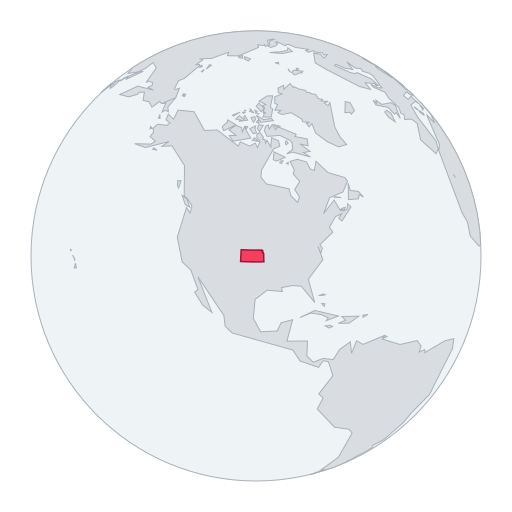 globe centered on Kansas
{"feature_id": "USA-3530", "entity_name": "Kansas", "entity_type": "State", "adm_level": 1, "iso_a3": "USA", "parent_name": "United States of America", "parent_adm1": "", "projection": "orthographic", "projection_center": [-97.125, 38.5], "detail": "fine", "context": "on_globe", "style": "filled", "palette": "rose", "viewbox_px": 512, "rotation_deg": 0, "n_neighbors": 0, "source": "natural_earth", "source_scale": "10m", "svg_char_len": 11096}
<svg xmlns="http://www.w3.org/2000/svg" viewBox="0 0 512 512"><circle cx="256" cy="256" r="225" fill="#eef3f6" stroke="#a8b0b8"/><path d="M310.0,474.7L310.6,474.6L316.1,473.0L312.6,473.8L324.8,469.2L319.6,471.0L327.7,465.0L338.4,457.2L352.1,433.2L349.1,429.3L334.5,427.2L317.3,409.0L323.1,397.9L318.8,393.9L332.9,375.7L328.4,361.7L323.2,360.7L318.5,367.4L300.1,361.0L292.7,350.0L232.2,333.0L225.2,326.3L223.9,315.5L197.9,276.7L211.9,312.5L202.8,305.2L194.6,292.1L198.0,289.5L190.9,270.2L182.1,261.7L177.3,237.0L186.5,207.5L190.1,213.1L191.9,205.8L187.5,198.7L184.2,195.8L184.5,165.5L172.0,145.8L161.9,146.3L169.0,141.5L145.5,147.5L134.7,143.7L150.8,144.1L155.4,141.3L150.0,136.4L153.6,132.5L153.0,128.2L157.8,124.2L166.8,125.4L170.0,123.0L166.0,119.8L168.3,114.2L173.6,119.2L178.1,110.1L194.0,111.7L204.5,130.5L217.2,130.0L238.3,146.1L240.3,141.9L249.5,146.1L255.2,143.1L257.5,147.5L260.1,141.4L256.9,138.0L256.9,134.3L260.0,132.4L263.5,137.4L262.4,139.1L265.0,139.7L265.5,143.1L267.0,140.3L270.8,147.0L271.6,137.7L278.5,140.8L279.8,146.1L273.6,148.9L261.5,170.1L260.9,177.2L266.3,183.9L289.0,188.8L290.9,195.7L297.8,202.5L299.5,196.8L294.7,189.6L299.7,181.3L293.2,174.0L294.3,169.8L290.1,161.5L297.2,159.3L306.4,161.9L310.2,168.9L314.4,170.5L316.0,161.3L328.2,172.7L345.0,177.6L347.5,181.3L342.9,192.0L329.6,197.6L323.6,213.7L334.1,200.1L340.1,210.3L343.8,210.9L347.3,208.8L347.6,203.8L351.0,206.9L342.0,221.0L338.7,218.3L341.6,213.7L335.4,216.7L329.4,227.2L332.9,232.1L320.0,244.5L322.3,248.3L320.8,253.5L318.0,246.4L322.9,259.7L308.3,279.2L314.7,302.4L301.3,286.2L292.2,285.6L281.5,287.6L282.4,291.5L267.2,290.2L255.1,299.4L253.3,318.3L260.6,331.8L277.2,331.0L281.1,322.8L292.6,319.7L286.9,341.2L307.5,341.0L306.9,356.0L313.3,362.3L323.0,358.4L333.2,359.6L339.6,349.5L350.3,341.8L351.5,353.3L356.6,340.8L363.1,344.4L383.7,335.8L382.4,339.1L400.0,344.5L417.1,340.6L421.1,346.0L419.2,352.0L424.7,349.6L424.8,352.6L445.0,340.8L453.8,338.6L452.5,348.6L443.0,367.3L429.6,394.3L411.3,412.9L403.4,422.5L383.5,439.8L372.9,445.2L372.6,447.3L364.0,452.6L356.1,456.3L352.0,459.0L346.0,461.5L348.0,461.2L334.5,467.1L334.0,467.3L310.0,474.7ZM74.2,268.0L75.4,263.2L76.5,267.8L74.2,268.0ZM74.8,259.3L74.7,261.1L74.5,259.3L74.8,259.3ZM73.9,257.3L74.6,258.7L73.6,257.6L73.9,257.3ZM72.4,255.3L73.3,256.2L73.1,256.3L72.4,255.3ZM314.9,310.5L338.4,316.0L326.3,320.6L328.3,318.0L322.1,314.8L311.0,313.0L300.0,317.5L314.9,310.5ZM70.8,250.7L70.5,249.4L71.4,249.8L70.8,250.7ZM322.6,295.5L318.6,295.5L322.4,294.5L322.6,295.5ZM182.1,195.3L187.0,199.0L189.7,207.2L185.2,204.4L182.1,195.3ZM177.7,180.5L181.0,180.8L178.6,188.0L177.5,185.5L177.7,180.5ZM153.8,147.8L157.1,150.2L152.6,149.3L153.8,147.8ZM152.1,128.3L150.0,128.9L150.6,126.4L152.1,128.3ZM286.5,163.3L288.3,162.4L288.1,164.4L286.5,163.3ZM283.0,160.7L281.6,163.6L279.7,162.8L280.6,161.0L283.0,160.7ZM158.4,118.2L160.0,114.3L160.0,118.4L158.4,118.2ZM285.2,157.3L276.5,161.1L273.3,159.7L274.0,151.8L285.2,157.3ZM162.0,112.1L165.8,103.1L161.5,103.6L175.8,97.7L167.8,107.0L168.4,111.9L165.4,110.3L162.0,112.1ZM254.5,137.8L258.1,141.3L252.3,140.3L254.5,137.8ZM250.8,138.1L233.0,141.2L229.3,135.5L236.0,135.4L229.0,129.8L235.9,125.4L241.4,127.5L242.4,132.0L244.3,127.0L250.8,138.1ZM183.1,96.1L185.3,94.3L184.7,96.5L183.1,96.1ZM256.5,132.8L253.2,133.7L249.8,128.8L255.7,125.9L254.9,128.4L256.5,132.8ZM223.7,130.7L222.2,126.7L227.4,122.0L227.6,119.9L235.8,124.8L223.7,130.7ZM257.3,128.6L258.8,124.7L263.2,125.4L259.5,131.5L257.3,128.6ZM246.4,128.7L245.1,126.3L247.7,126.7L246.4,128.7ZM279.7,126.2L275.9,127.2L273.7,124.6L279.7,126.2ZM259.1,123.2L257.6,123.0L256.3,122.2L258.2,119.9L259.1,123.2ZM238.9,121.3L241.4,120.3L235.8,119.0L239.5,115.7L244.3,119.7L243.8,116.6L244.9,115.6L247.6,120.1L238.9,121.3ZM256.3,115.3L263.7,119.7L271.3,118.4L273.4,120.6L260.8,122.4L256.3,115.3ZM251.0,117.7L254.8,116.6L255.4,119.7L253.3,122.3L251.0,117.7ZM240.2,112.1L233.3,116.1L232.5,115.2L240.2,112.1ZM258.4,114.2L256.6,113.2L258.9,113.8L258.4,114.2ZM245.7,112.0L243.4,113.5L242.5,112.3L245.7,112.0ZM254.9,110.1L257.2,111.4L255.8,113.2L254.9,110.1ZM250.5,110.4L249.9,108.5L253.9,113.0L249.6,111.3L250.5,110.4ZM245.2,110.7L244.0,110.5L246.3,110.2L245.2,110.7ZM258.8,103.0L264.2,108.2L261.1,111.9L256.3,106.3L258.8,103.0ZM401.4,84.0L404.5,86.6L401.4,84.5L383.0,70.1L374.0,64.1L388.1,73.5L401.4,84.0ZM366.4,59.6L370.5,62.5L361.7,57.8L371.6,63.6L371.4,63.0L377.5,66.9L378.1,67.8L375.0,65.9L378.2,68.8L392.2,77.8L393.6,78.1L405.3,89.0L408.6,90.8L413.6,95.6L409.8,94.3L406.3,91.7L403.5,95.8L408.3,99.3L411.2,96.0L412.6,98.2L419.2,103.9L415.3,101.4L410.8,105.1L417.9,117.4L436.0,140.9L438.3,149.0L436.1,153.7L420.6,139.8L417.2,123.4L411.6,119.1L404.6,119.5L404.2,114.8L400.9,113.2L398.9,107.5L388.4,97.8L385.2,92.3L373.8,87.4L370.6,84.2L378.3,87.8L381.9,87.8L373.0,75.8L369.1,73.2L362.4,71.2L360.8,68.5L355.5,68.2L346.8,61.9L352.9,69.5L345.2,68.3L335.9,64.3L334.5,65.5L349.5,72.2L354.5,73.7L357.1,72.6L371.6,79.1L376.3,83.6L365.2,82.7L370.5,89.4L359.5,86.5L325.7,69.1L315.3,63.0L313.6,53.1L320.2,54.2L324.1,58.2L327.3,54.7L323.8,54.9L322.4,52.9L314.7,52.0L313.4,50.6L308.3,52.3L305.8,50.5L309.1,49.5L295.6,47.4L288.5,44.4L286.1,44.7L285.5,45.8L276.9,41.7L275.4,42.2L277.7,43.6L276.4,45.5L270.7,47.5L268.0,46.0L269.7,45.0L269.3,41.1L274.2,39.4L272.5,39.0L267.6,40.2L268.2,44.9L265.5,46.6L264.3,44.1L264.5,45.1L262.3,45.5L257.7,44.7L258.6,47.4L238.4,55.9L227.4,55.7L228.6,52.2L211.6,58.4L200.6,58.9L202.7,60.0L196.0,64.6L199.4,64.4L199.9,65.4L184.3,78.4L178.6,80.7L174.3,88.8L175.4,89.6L179.4,88.2L175.8,97.7L161.5,103.6L159.7,101.5L151.9,107.1L149.0,101.8L143.1,100.4L144.4,92.1L139.6,92.2L137.1,94.5L128.6,96.8L119.8,94.5L137.9,86.1L153.3,90.1L148.0,87.3L152.4,85.1L152.5,82.5L148.5,81.1L146.0,82.6L156.3,68.0L153.1,62.5L145.4,68.4L138.4,71.8L128.0,73.4L132.9,67.3L146.9,58.9L161.5,51.5L176.6,45.2L192.1,40.0L208.0,35.9L224.1,33.0L240.4,31.3L256.7,30.7L273.1,31.4L289.4,33.2L305.4,36.2L321.3,40.4L336.7,45.7L351.8,52.1L366.4,59.6ZM479.7,229.5L480.6,244.7L479.0,246.1L470.2,235.9L467.5,222.1L462.0,212.5L438.8,150.6L439.5,144.5L427.6,117.1L427.1,115.1L434.6,123.0L430.6,113.6L422.1,103.9L420.1,101.6L430.6,113.6L440.2,126.3L448.9,139.7L456.7,153.6L463.4,168.0L469.1,182.9L473.7,198.2L477.3,213.7L479.7,229.5ZM453.3,174.3L455.5,177.5L453.3,174.3ZM336.0,45.4L336.6,45.6L338.5,46.4L336.0,45.4ZM384.3,335.3L387.0,336.5L383.8,338.0L384.3,335.3ZM325.2,326.0L329.9,325.2L332.6,326.5L329.1,328.0L325.2,326.0ZM362.9,315.1L367.9,314.4L363.0,317.3L362.9,315.1ZM341.9,316.5L358.9,316.2L349.2,323.1L338.4,323.3L345.5,320.2L341.9,316.5ZM321.7,303.5L324.8,303.7L324.3,306.3L321.7,303.5ZM325.3,294.8L324.2,295.3L322.4,293.7L325.3,294.8ZM340.6,209.5L341.4,208.5L345.3,207.3L344.1,209.8L340.6,209.5ZM358.4,191.5L363.5,197.0L359.1,194.6L358.5,198.8L348.4,199.6L348.2,183.2L350.1,190.3L358.4,191.5ZM334.8,196.7L341.3,197.6L334.2,197.3L334.8,196.7ZM384.8,112.0L386.6,110.3L391.1,113.3L395.1,121.7L388.7,117.3L384.8,112.0ZM388.1,107.4L376.0,105.0L373.0,100.2L376.7,103.2L375.9,100.3L381.8,104.4L390.8,102.7L395.3,105.3L400.3,118.5L396.2,112.5L394.6,114.3L388.1,107.4ZM350.2,112.3L344.9,112.6L345.2,101.6L350.1,102.7L354.5,110.7L351.2,114.2L350.2,112.3ZM288.2,143.1L286.2,144.8L285.2,143.3L286.2,140.6L288.2,143.1ZM278.1,126.9L296.2,134.3L294.8,136.5L307.1,138.9L308.1,145.8L300.1,143.9L310.1,151.4L303.3,152.5L310.5,157.0L292.5,152.1L286.8,153.9L292.8,149.2L292.0,142.7L290.0,140.4L279.8,135.4L267.1,136.4L264.3,130.6L265.7,126.2L268.3,125.0L269.3,129.1L272.1,124.7L275.6,129.7L278.1,126.9ZM283.7,85.3L283.8,89.3L290.0,83.6L293.5,87.6L294.0,86.7L298.9,89.0L305.7,90.4L306.4,92.6L308.8,92.3L312.1,94.0L315.6,94.3L318.1,98.5L322.5,99.4L321.2,100.9L328.2,101.4L324.1,103.0L328.0,105.7L329.9,102.7L334.8,127.1L340.0,136.9L346.6,144.5L338.6,146.9L327.4,141.7L315.7,133.1L311.9,123.7L309.0,126.8L306.3,123.3L309.7,122.3L302.8,121.8L301.5,118.8L291.1,112.7L282.0,114.5L278.0,112.6L280.9,110.4L274.9,110.1L277.6,104.7L274.8,103.3L274.7,96.9L282.0,93.9L278.3,92.6L278.0,88.1L283.7,85.3ZM259.1,101.1L266.9,96.0L272.7,95.8L270.4,107.1L272.6,109.1L271.3,116.9L263.0,117.1L264.1,114.8L263.3,112.7L266.2,113.4L263.2,111.2L264.7,108.1L262.8,105.6L265.8,104.5L259.1,101.1ZM422.8,110.0L421.8,108.0L419.3,104.5L423.4,108.3L422.8,110.0ZM420.1,112.5L418.6,110.2L423.2,113.2L424.3,115.5L420.1,112.5ZM413.9,106.6L418.2,109.8L416.5,109.4L413.9,106.6ZM376.5,85.8L374.4,83.5L375.7,83.7L378.6,85.3L376.5,85.8ZM302.9,71.2L302.0,73.0L300.4,72.7L294.6,75.0L291.5,72.4L293.9,70.1L302.9,71.2ZM413.1,94.8L410.2,91.8L414.2,95.8L413.1,94.8ZM298.6,68.8L296.5,70.0L296.3,68.1L298.6,68.8ZM289.0,70.8L288.0,68.6L290.5,72.4L289.0,70.8ZM269.6,52.5L281.2,51.7L287.5,50.3L287.8,47.7L292.3,51.4L282.5,53.5L269.6,52.5ZM242.6,55.5L242.3,58.3L239.1,57.7L238.7,57.0L242.6,55.5ZM244.7,56.7L250.5,58.9L248.3,61.0L244.1,58.7L244.7,56.7ZM274.9,62.7L278.6,62.5L278.7,64.0L274.9,62.7ZM110.9,83.7L111.3,83.3L108.3,86.2L112.5,83.3L111.9,84.5L106.3,88.6L100.8,92.7L102.9,90.8L110.9,83.7ZM114.5,82.0L120.6,79.7L113.3,86.3L110.3,88.3L110.6,86.4L114.4,83.0L114.5,82.0ZM120.0,81.2L123.8,78.1L140.8,71.2L142.6,71.6L125.7,79.5L128.4,77.0L125.5,77.8L120.0,81.2ZM183.4,93.8L185.1,94.3L182.6,95.2L183.4,93.8ZM201.9,65.2L202.2,66.7L199.2,67.4L201.9,65.2ZM201.4,71.3L204.5,69.4L202.3,72.0L201.4,71.3ZM211.4,65.3L206.3,69.0L209.6,64.6L211.4,65.3Z" fill="#d9dde1" stroke="#a8b0b8" stroke-width="1"/><path d="M240.6,261.5L240.6,261.1L240.6,260.7L240.6,260.4L240.7,260.0L240.7,259.6L240.7,259.3L240.7,258.9L240.7,258.5L240.7,258.2L240.8,257.8L240.8,257.4L240.8,257.1L240.8,256.7L240.8,256.3L240.9,256.0L240.9,255.6L240.9,255.2L240.9,254.9L240.9,254.5L241.0,254.1L241.0,253.8L241.0,253.4L241.0,253.0L241.0,252.7L241.0,252.3L241.1,251.9L241.1,251.5L241.1,251.2L241.1,250.8L241.1,250.4L241.2,250.1L241.2,249.7L241.9,249.7L242.5,249.8L243.1,249.8L243.8,249.8L244.4,249.9L245.0,249.9L245.7,249.9L246.3,249.9L246.9,250.0L247.6,250.0L248.2,250.0L248.8,250.0L249.5,250.0L250.1,250.0L250.7,250.1L251.3,250.1L252.0,250.1L252.6,250.1L253.2,250.1L253.9,250.1L254.5,250.1L255.1,250.1L255.8,250.1L256.4,250.1L257.0,250.1L257.7,250.1L258.3,250.1L258.9,250.1L259.6,250.1L260.2,250.1L260.8,250.1L261.4,250.0L261.6,250.2L261.7,250.3L261.8,250.3L262.0,250.4L262.0,250.5L262.3,250.5L262.4,250.4L262.5,250.4L262.6,250.5L262.8,250.7L262.8,250.8L262.8,251.0L262.7,251.1L262.4,251.3L262.3,251.5L262.2,251.7L262.1,251.8L262.3,252.0L262.5,252.2L262.6,252.3L262.8,252.4L262.7,252.5L262.8,252.7L262.8,252.8L263.0,252.9L263.0,253.0L263.3,253.3L263.5,253.3L263.6,253.5L263.7,253.8L263.7,254.3L263.7,254.8L263.7,255.3L263.7,255.8L263.7,256.3L263.7,256.8L263.7,257.3L263.8,257.8L263.8,258.3L263.8,258.8L263.8,259.3L263.8,259.8L263.8,260.3L263.8,260.8L263.9,261.3L263.9,261.8L263.1,261.8L262.4,261.8L261.7,261.8L261.0,261.9L260.2,261.9L259.5,261.9L258.8,261.9L258.1,261.9L257.3,261.9L256.6,261.9L255.9,261.9L255.2,261.9L254.4,261.9L253.7,261.9L253.0,261.9L252.3,261.9L251.5,261.9L250.8,261.9L250.1,261.8L249.4,261.8L248.6,261.8L247.9,261.8L247.2,261.8L246.5,261.7L245.7,261.7L245.0,261.7L244.3,261.7L243.6,261.6L242.8,261.6L242.1,261.6L241.4,261.5L240.6,261.5Z" fill="#f43f5e" stroke="#9f1239" stroke-width="1.5"/></svg>